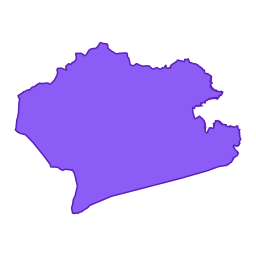 Marquis Estate, Dauphin, Saint Lucia
{"feature_id": "8701671B42547396516194", "entity_name": "Marquis Estate", "entity_type": "district", "adm_level": 2, "iso_a3": "LCA", "parent_name": "Saint Lucia", "parent_adm1": "Dauphin", "projection": "robinson", "projection_center": [-60.9, 14.029], "detail": "fine", "context": "isolated", "style": "filled", "palette": "violet", "viewbox_px": 256, "rotation_deg": 0, "n_neighbors": 0, "source": "geoboundaries", "source_scale": "gbopen_adm2", "svg_char_len": 5770}
<svg xmlns="http://www.w3.org/2000/svg" viewBox="0 0 256 256"><path d="M50.9,166.9L56.7,167.1L58.5,167.7L60.1,169.1L62.7,170.4L65.4,169.2L68.0,169.6L70.0,169.7L71.4,170.2L72.1,169.7L74.2,173.0L75.0,175.8L75.0,175.6L77.4,186.1L75.2,195.5L73.3,199.7L72.7,204.1L71.8,207.1L71.7,208.7L72.3,211.9L72.2,211.8L72.6,212.9L73.0,213.4L75.6,213.3L76.0,213.0L78.3,213.2L79.3,212.3L82.1,211.5L82.6,210.8L83.5,210.4L84.2,209.7L86.8,208.3L88.6,206.8L89.4,205.5L111.3,196.3L181.5,178.1L208.0,170.5L218.5,166.6L219.0,166.6L219.9,166.3L220.8,166.3L221.7,165.9L223.5,165.9L225.0,165.5L226.2,165.6L226.6,165.0L228.0,164.7L230.3,162.7L231.3,162.2L232.5,160.3L232.7,159.6L232.9,159.6L233.2,159.3L233.2,157.9L233.8,157.6L234.3,157.7L235.8,156.2L236.9,155.9L237.8,154.5L237.8,153.7L238.3,153.4L238.1,152.6L237.4,152.4L237.4,151.6L235.3,150.0L234.5,148.1L233.3,146.9L233.7,146.1L234.1,145.7L233.7,145.4L234.0,145.1L234.2,145.7L234.5,145.8L235.8,145.8L236.0,146.0L236.4,146.0L237.3,145.7L237.4,146.0L237.7,146.2L238.1,145.4L238.7,145.2L239.3,144.5L239.3,143.8L239.7,143.6L239.4,143.2L239.5,141.4L240.0,140.3L240.5,139.8L240.6,139.2L240.6,138.9L239.6,136.3L239.8,135.0L239.3,134.4L239.5,134.0L239.6,132.2L239.2,131.5L239.3,131.4L239.2,130.6L239.7,129.7L238.9,129.5L238.2,128.8L237.6,126.0L237.3,125.9L236.4,126.1L235.8,126.7L234.5,127.2L234.1,127.2L233.6,126.8L232.6,126.8L231.9,126.4L231.4,126.5L231.3,126.3L230.3,125.9L230.0,126.0L230.2,126.5L229.8,126.9L228.4,126.5L227.8,126.7L226.4,126.0L226.1,124.7L225.9,124.6L224.9,125.0L224.0,124.4L222.0,124.7L221.8,124.4L222.2,124.0L221.8,123.2L221.6,123.1L221.2,123.3L221.0,123.0L220.6,122.8L220.0,123.0L219.2,122.5L219.2,122.1L219.4,122.1L219.6,122.4L220.1,121.6L218.1,120.8L217.9,120.5L217.3,120.8L215.5,120.8L215.6,122.1L215.3,122.4L214.4,123.1L214.3,123.5L213.6,123.5L213.4,123.7L213.5,124.1L214.0,124.2L214.3,125.2L214.2,125.5L213.7,125.6L213.6,126.7L213.8,127.3L213.3,128.1L212.5,128.4L210.8,127.7L209.4,128.0L209.4,128.4L209.0,128.9L209.1,129.1L208.5,129.8L208.4,130.3L208.1,130.3L207.4,132.7L206.7,132.6L205.5,132.0L205.1,131.2L205.3,128.6L204.7,128.3L204.5,127.8L204.6,127.3L205.7,127.0L205.6,126.6L204.6,125.9L204.7,125.5L205.3,124.7L205.3,123.9L205.0,123.5L205.0,123.1L204.5,122.7L204.5,121.6L203.8,120.6L203.8,120.3L203.1,119.9L202.9,119.1L202.6,119.0L202.2,118.5L201.1,118.0L200.7,117.1L199.4,116.2L196.5,118.2L194.8,118.7L194.6,118.5L193.5,114.4L193.1,113.4L192.8,111.7L192.6,109.6L192.8,107.8L193.2,108.2L194.2,108.5L194.6,108.1L194.9,107.0L194.9,106.4L195.1,106.2L196.2,106.1L196.3,105.7L196.6,105.4L197.9,106.3L198.4,106.1L198.8,106.3L199.2,105.7L199.7,105.5L200.3,105.9L200.8,106.0L200.9,105.3L201.6,105.4L201.1,104.9L200.9,104.0L200.5,103.4L200.6,103.2L201.5,102.8L202.3,103.1L202.6,102.7L203.3,102.5L205.6,103.1L205.0,102.6L204.4,102.4L204.8,101.6L205.1,101.8L205.4,101.5L206.1,100.4L206.8,100.4L207.5,100.1L207.8,99.7L208.8,99.1L209.1,98.5L209.7,99.4L209.9,99.3L209.9,98.9L210.4,99.0L211.2,98.8L211.3,98.5L212.2,98.5L211.9,98.3L212.0,97.9L212.6,97.9L212.8,97.7L213.1,98.0L213.6,97.8L214.0,98.2L215.2,98.3L217.9,99.3L217.6,99.0L214.8,97.8L216.0,97.4L216.6,97.6L216.7,98.0L217.1,97.7L217.8,98.0L218.4,97.8L219.2,97.0L219.0,96.0L219.7,95.5L220.0,96.1L220.0,95.3L220.5,95.1L221.0,95.3L222.1,93.9L222.1,93.2L222.5,92.8L222.5,92.5L222.7,92.1L222.4,92.0L221.8,92.3L221.7,93.1L221.4,91.6L221.0,91.9L220.7,91.8L220.6,91.5L219.5,91.8L218.4,91.6L217.5,91.0L216.5,91.4L216.2,91.2L216.2,90.2L215.9,90.1L215.6,90.6L215.2,90.4L215.0,90.6L214.8,90.6L214.5,89.9L213.9,89.4L213.2,89.7L213.2,89.3L212.5,89.4L212.5,89.0L212.8,88.2L212.6,88.0L212.1,88.3L212.3,88.1L212.2,88.0L211.6,88.1L211.3,88.0L211.1,87.3L210.8,87.1L211.4,86.6L211.3,86.3L211.0,86.4L210.4,86.3L210.3,86.0L210.6,84.8L210.5,84.7L211.0,84.0L212.0,83.3L212.1,82.9L211.7,82.7L211.3,81.9L210.3,81.8L210.4,81.4L210.2,81.1L210.4,80.5L211.1,80.4L210.9,79.3L211.2,79.4L211.3,78.7L210.9,78.3L211.3,77.5L210.9,77.1L210.9,76.5L211.3,76.5L211.1,76.1L210.4,75.5L209.3,74.9L208.9,74.5L207.9,74.1L207.7,73.6L207.1,73.8L206.4,73.5L206.0,73.7L204.8,73.1L204.4,71.6L204.6,71.1L204.1,70.5L204.0,69.9L203.8,69.8L203.3,70.1L202.5,69.6L202.5,68.6L202.3,68.3L200.5,67.4L200.2,66.8L199.8,66.6L198.4,66.0L198.0,65.1L197.4,64.7L195.6,63.9L192.9,63.5L190.0,62.4L189.6,62.4L188.2,58.9L186.9,59.5L184.8,59.4L184.3,61.6L177.7,60.1L177.4,60.2L176.9,61.1L174.7,62.9L172.8,63.9L171.0,65.4L170.5,66.0L170.5,67.9L169.4,67.6L168.2,68.3L166.4,68.0L166.0,66.8L166.1,65.6L165.7,65.4L165.4,65.6L165.0,66.5L164.0,67.7L163.5,67.9L162.4,67.7L161.2,68.8L160.2,69.2L159.7,69.2L157.0,67.6L156.0,67.8L154.0,68.9L152.9,68.9L151.4,68.2L150.3,66.9L149.2,66.1L147.4,65.8L141.8,66.2L140.9,65.5L138.9,64.9L138.1,64.2L136.7,63.7L136.2,63.8L133.7,65.7L132.9,65.8L130.8,64.9L130.2,64.3L129.0,59.0L127.4,56.3L127.3,55.7L127.5,54.6L126.8,53.1L126.1,52.9L124.3,53.1L123.5,53.0L122.6,53.2L119.8,53.2L117.3,53.8L116.0,53.6L114.6,53.0L109.6,49.7L108.1,48.2L107.8,47.0L107.8,45.2L107.4,44.3L106.9,43.9L102.7,43.4L100.6,42.6L99.8,43.1L97.7,46.5L96.8,47.5L95.4,48.4L92.5,48.6L90.9,49.0L89.1,50.1L85.8,55.3L85.3,55.7L84.2,55.5L83.4,54.7L81.0,53.3L75.8,53.4L75.7,54.2L76.1,55.4L76.3,57.6L76.2,58.7L75.8,59.8L74.9,61.0L74.0,62.0L72.4,62.4L70.8,64.4L68.9,63.8L67.9,64.3L67.3,65.0L66.4,65.6L65.9,66.3L65.8,67.3L65.9,68.0L66.4,68.8L66.6,69.7L66.4,69.9L64.0,69.3L61.4,68.1L57.6,68.4L57.1,69.4L57.1,70.5L57.6,72.4L57.1,74.9L55.0,79.1L54.0,80.7L50.8,83.8L50.2,84.1L49.4,84.0L48.5,83.2L47.2,83.0L41.5,83.6L39.7,83.1L36.2,85.1L35.4,86.1L32.1,87.3L31.2,88.1L30.0,89.7L29.6,90.0L28.7,89.8L26.9,90.3L25.2,91.4L23.8,91.6L21.9,93.2L18.1,95.6L18.5,97.3L19.7,99.2L19.0,102.5L18.5,112.4L17.8,116.6L16.8,120.2L16.0,128.0L15.4,129.8L17.2,131.8L20.1,133.3L25.6,134.8L32.8,142.2L44.5,156.7L50.0,164.2L50.9,166.9Z" fill="#8b5cf6" stroke="#5b21b6" stroke-width="1.5"/></svg>